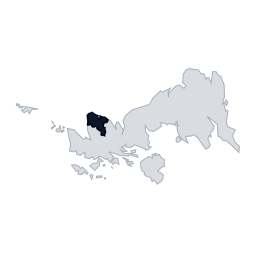 Aberdeenshire highlighted on a map of United Kingdom, rotated 268°
{"feature_id": "GBR-2013", "entity_name": "Aberdeenshire", "entity_type": "Unitary District", "adm_level": 1, "iso_a3": "GBR", "parent_name": "United Kingdom", "parent_adm1": "", "projection": "mercator", "projection_center": [-2.632, 57.223], "detail": "fine", "context": "in_parent", "style": "filled", "palette": "ink", "viewbox_px": 256, "rotation_deg": 268, "n_neighbors": 0, "source": "natural_earth", "source_scale": "10m", "svg_char_len": 6186}
<svg xmlns="http://www.w3.org/2000/svg" viewBox="0 0 256 256"><g transform="rotate(268 128 128)"><path d="M136.9,207.5L126.9,214.0L123.8,213.6L120.0,210.3L116.0,210.7L117.7,209.0L114.3,207.5L108.3,209.6L105.7,208.1L104.1,204.9L117.0,196.5L119.0,192.4L117.8,191.1L117.6,185.2L110.8,187.3L115.6,180.8L121.5,177.7L126.5,176.9L129.2,178.6L128.4,176.0L129.6,175.4L131.3,177.7L133.2,177.6L129.6,173.7L131.2,169.4L129.8,167.2L131.5,164.9L131.9,160.6L128.4,161.6L123.5,153.0L124.9,148.8L129.9,145.2L124.0,145.3L119.2,148.6L115.8,147.3L112.8,149.1L109.3,147.3L108.2,150.5L105.6,147.1L105.2,144.5L106.5,144.5L110.9,134.0L108.4,130.0L109.2,125.2L112.0,125.1L109.0,122.7L109.5,120.5L104.7,126.1L104.6,122.4L107.2,118.9L102.7,123.4L102.7,128.5L100.7,136.3L98.3,136.9L101.3,127.9L100.0,127.6L101.0,118.6L105.0,107.9L99.6,112.7L94.1,108.8L98.7,105.9L97.2,104.9L100.3,100.6L100.7,97.9L98.0,94.7L97.9,92.8L100.4,91.1L98.6,88.5L100.1,83.9L105.4,83.9L102.4,79.7L103.3,76.0L107.1,75.5L106.1,72.8L107.0,68.8L113.7,70.0L129.7,67.3L127.9,74.2L118.9,82.2L118.3,84.5L120.4,85.2L117.2,90.4L126.9,87.6L141.0,87.7L143.4,89.7L144.4,92.7L136.1,110.5L126.7,116.2L131.7,115.5L134.3,117.2L134.1,118.5L126.1,123.2L121.2,121.8L129.8,124.8L135.0,123.2L140.2,125.8L145.9,132.6L150.8,150.2L157.3,154.2L164.1,161.8L162.7,163.7L166.4,171.8L161.9,169.3L157.4,169.6L161.6,170.2L168.2,177.1L169.2,180.5L165.6,185.4L168.3,187.3L171.5,184.2L179.8,185.1L184.2,188.3L185.2,191.7L183.5,200.4L179.3,203.2L179.8,205.5L173.7,207.7L175.4,208.4L175.4,210.6L170.0,212.6L181.4,214.5L181.2,217.9L177.1,220.3L176.2,222.6L167.4,225.6L156.0,225.5L148.6,223.1L149.6,224.5L141.5,226.2L142.3,228.0L141.5,228.5L130.3,226.4L125.6,227.9L122.5,235.1L116.5,232.3L110.3,234.2L105.8,238.7L99.6,238.0L108.4,229.7L112.0,225.3L112.7,221.6L115.3,220.7L116.6,217.7L128.7,217.4L136.9,207.5ZM95.4,163.1L88.1,163.0L88.1,160.9L83.9,156.1L80.3,161.5L77.0,161.3L74.1,159.9L70.8,155.2L75.3,152.3L73.5,150.3L77.7,148.9L79.7,143.7L81.5,142.4L82.9,143.2L84.6,140.5L90.1,139.3L94.1,139.8L98.9,147.9L97.0,151.4L100.4,151.0L101.7,154.2L101.6,155.4L99.4,153.2L99.6,156.6L100.7,156.8L100.2,158.8L97.6,159.5L95.4,163.1ZM93.3,73.3L91.8,77.1L89.2,79.2L90.7,80.8L84.5,86.7L83.1,85.3L85.7,82.9L83.4,81.2L84.2,80.2L83.0,79.2L83.7,76.4L87.2,77.1L86.6,74.7L92.9,70.2L93.3,73.3ZM93.9,92.0L94.0,96.1L99.4,98.0L95.8,101.9L95.2,98.5L91.9,98.5L86.8,93.4L91.5,88.5L93.9,92.0ZM149.3,22.1L151.6,26.6L152.9,26.0L150.0,39.1L150.1,32.8L145.8,29.8L149.1,28.6L146.9,24.8L149.3,22.1ZM98.2,116.6L92.0,117.7L94.0,113.6L91.9,111.9L94.4,110.3L98.4,113.6L98.2,116.6ZM115.1,175.5L118.2,177.7L114.4,181.0L112.3,178.6L112.2,176.1L115.1,175.5ZM94.1,125.2L94.6,130.8L92.1,131.9L92.1,128.3L89.9,130.0L90.8,126.8L94.1,125.2ZM129.7,56.9L129.5,59.0L133.1,60.1L128.4,60.9L126.2,58.7L127.4,55.9L129.7,56.9ZM106.0,135.1L103.3,134.5L102.9,130.6L105.0,130.2L106.0,135.1ZM152.7,226.9L150.6,228.7L146.9,227.3L149.8,225.4L152.7,226.9ZM96.0,127.6L94.8,126.0L98.8,121.3L98.0,123.7L96.0,127.6ZM81.7,88.2L83.0,89.4L81.9,91.4L78.1,89.9L81.7,88.2ZM81.1,100.4L79.6,100.0L79.3,94.7L80.9,94.9L81.1,100.4ZM153.0,24.3L151.6,22.2L152.4,19.5L153.6,20.3L153.0,24.3ZM133.5,54.9L132.5,55.5L129.7,51.8L130.6,51.3L133.5,54.9ZM128.4,63.7L127.1,64.0L125.8,61.2L127.2,61.2L128.4,63.7ZM156.1,17.3L155.5,20.3L154.4,20.0L154.4,17.3L156.1,17.3ZM136.9,53.0L134.2,53.9L137.2,52.4L136.9,53.0ZM92.4,103.6L91.6,103.8L90.6,102.4L91.9,101.7L92.4,103.6ZM131.5,63.0L130.6,64.6L129.9,63.1L131.5,63.0ZM89.5,110.7L87.9,111.4L90.0,109.9L89.5,110.7ZM79.2,103.5L78.2,103.8L77.7,103.4L78.8,102.4L79.2,103.5Z" fill="#d9dde1" stroke="#a8b0b8" stroke-width="1"/><path d="M132.4,87.7L133.1,87.7L133.2,87.8L133.3,88.0L133.6,88.0L133.7,87.9L133.8,87.9L133.9,88.0L134.3,87.9L135.3,88.2L135.6,88.2L135.8,88.5L135.9,88.4L136.0,88.3L136.1,88.2L136.3,88.2L136.9,88.5L137.0,88.3L137.2,88.5L137.3,88.5L137.4,88.4L137.6,88.2L137.9,88.3L138.1,88.4L138.2,88.1L138.3,88.0L138.4,87.9L138.5,87.9L139.2,88.2L139.5,88.3L139.8,88.3L140.5,87.7L141.9,87.7L141.9,87.8L142.0,88.0L142.2,88.3L142.3,88.3L142.5,88.2L142.8,88.3L142.9,88.6L143.9,89.7L144.0,90.0L144.0,90.4L144.1,90.8L144.3,91.2L144.3,91.3L144.2,91.6L144.3,91.8L144.7,92.2L144.4,92.4L144.4,92.5L144.5,92.6L144.6,92.8L144.3,93.1L143.9,93.7L143.7,94.1L143.6,94.4L142.4,95.5L142.1,96.0L141.4,98.0L141.3,97.8L141.1,97.7L140.8,97.7L140.7,97.7L140.4,97.8L140.3,98.0L140.2,98.1L139.9,98.1L139.7,97.9L139.5,97.7L139.2,97.7L138.8,97.7L138.6,97.8L138.5,98.0L138.4,98.1L138.4,98.3L138.4,98.7L138.6,98.8L138.7,99.0L138.8,99.3L138.7,99.6L138.5,99.9L138.2,99.9L137.9,99.9L137.8,100.1L137.8,100.4L137.8,100.7L137.9,100.9L138.0,101.1L138.5,101.0L138.8,100.9L139.1,100.8L139.5,100.7L139.9,100.6L140.4,100.5L140.7,100.4L141.0,100.5L140.1,102.4L139.7,103.1L139.6,103.9L139.6,104.1L139.7,104.4L139.7,104.6L139.5,105.0L139.4,105.1L139.4,105.5L139.2,105.8L138.8,106.1L138.5,106.5L138.2,107.0L137.4,107.7L137.2,107.8L137.0,108.1L136.9,108.3L136.7,108.2L136.2,108.2L135.7,107.7L135.0,107.6L134.7,107.4L134.2,106.5L134.2,106.2L134.1,105.8L134.3,105.4L134.3,105.2L134.1,105.0L134.0,104.6L133.5,104.2L133.3,103.9L133.1,103.7L132.6,103.7L132.3,103.4L131.8,103.1L131.6,103.2L131.2,103.5L130.0,103.4L129.6,103.6L129.4,103.8L129.3,104.0L129.1,105.0L128.9,105.1L128.5,104.8L128.0,104.7L127.1,104.3L127.0,104.8L126.9,104.9L126.3,105.1L126.0,105.3L125.8,105.3L125.3,105.3L125.0,105.5L124.5,105.1L124.0,105.2L123.8,105.2L123.7,105.1L123.7,104.5L123.5,104.3L123.1,104.4L122.7,104.3L122.4,104.5L122.1,104.5L121.9,104.5L121.7,104.2L121.1,104.3L121.3,103.6L121.6,103.2L121.7,102.2L121.8,101.5L121.7,101.4L121.8,101.2L122.5,100.8L122.7,101.0L123.1,101.1L123.9,101.1L124.8,101.1L125.4,101.1L125.9,101.0L126.3,100.9L126.6,100.7L126.6,100.4L126.5,100.1L126.4,99.8L126.3,99.7L126.4,99.3L126.5,99.1L126.8,98.9L127.1,98.8L127.3,98.4L127.6,98.1L127.9,97.7L128.1,97.3L128.7,97.1L128.9,96.9L129.2,97.0L129.6,97.1L129.8,97.1L130.0,97.1L130.2,96.9L130.5,96.5L130.7,95.8L130.7,95.4L130.7,95.0L130.5,94.6L130.3,94.3L130.2,93.9L130.2,93.2L130.4,92.6L131.1,92.0L131.6,91.7L132.0,91.6L132.5,91.7L132.9,91.9L133.4,92.0L133.7,91.8L133.7,91.5L133.6,91.1L133.2,90.6L132.9,90.3L132.4,89.2L132.4,88.4L132.4,87.9L132.4,87.7Z" fill="#0f172a" stroke="#020617" stroke-width="1.5"/></g></svg>